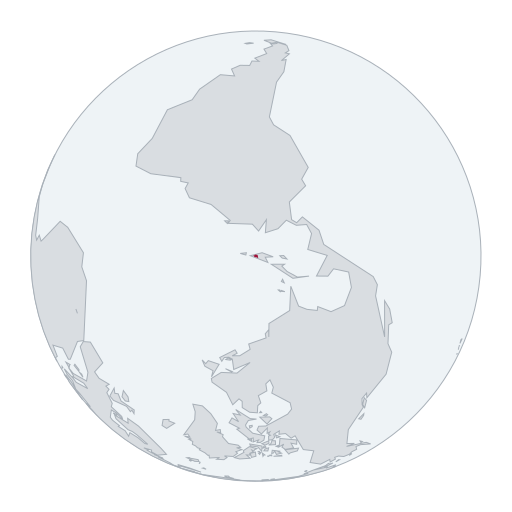 the Earth from above Santo Domingo, rotated 185°
{"feature_id": "DOM-1394", "entity_name": "Santo Domingo", "entity_type": "Province", "adm_level": 1, "iso_a3": "DOM", "parent_name": "Dominican Republic", "parent_adm1": "", "projection": "orthographic", "projection_center": [-69.842, 18.571], "detail": "fine", "context": "on_globe", "style": "filled", "palette": "rose", "viewbox_px": 512, "rotation_deg": 185, "n_neighbors": 0, "source": "natural_earth", "source_scale": "10m", "svg_char_len": 9617}
<svg xmlns="http://www.w3.org/2000/svg" viewBox="0 0 512 512"><g transform="rotate(185 256 256)"><circle cx="256" cy="256" r="225" fill="#eef3f6" stroke="#a8b0b8"/><path d="M223.7,295.3L218.4,292.7L213.2,299.0L195.5,287.2L189.5,273.4L137.4,245.7L132.6,238.0L133.4,226.7L120.8,186.6L124.0,222.7L118.2,214.8L114.5,201.4L117.8,199.0L116.9,180.2L112.4,172.0L116.1,149.6L133.2,124.4L133.9,129.1L138.0,123.2L137.3,117.1L135.9,114.7L148.9,91.1L149.1,77.1L141.7,77.9L149.2,74.2L130.0,80.0L125.4,78.8L135.3,77.2L139.8,74.9L138.9,72.2L143.4,69.4L145.6,66.7L151.1,63.9L156.4,63.9L160.1,62.3L159.2,60.6L164.2,57.2L164.8,59.8L173.5,54.3L184.1,55.0L181.5,67.0L192.0,67.3L201.4,80.3L205.1,77.6L211.1,81.7L217.6,80.4L217.5,83.8L222.8,79.9L221.6,77.1L223.5,74.5L227.3,73.7L227.8,77.7L226.0,78.7L228.1,79.5L226.8,82.0L229.5,80.3L229.7,85.7L235.1,79.2L239.8,82.7L238.5,86.6L231.4,87.5L210.7,101.2L207.2,106.6L209.2,112.8L228.3,120.8L227.3,126.8L231.3,133.8L235.1,129.5L233.4,122.6L241.5,117.1L238.4,110.1L241.2,107.1L241.0,99.9L248.7,99.8L256.5,103.8L257.1,110.0L260.5,112.2L266.2,105.8L273.5,117.6L288.8,126.5L289.8,130.1L280.5,137.0L264.7,137.7L252.6,149.4L268.3,141.0L270.6,151.2L274.3,152.8L278.7,152.1L280.9,148.1L283.3,151.7L268.7,160.7L266.3,157.5L271.0,154.5L263.5,155.2L253.7,162.5L255.6,167.7L238.8,175.3L240.0,179.3L236.9,183.7L236.2,176.5L237.2,189.9L217.7,204.6L218.7,228.9L209.2,209.8L200.6,207.3L190.2,207.1L190.1,211.0L176.4,207.1L163.5,214.3L158.2,233.0L162.3,248.1L177.6,250.0L182.6,242.2L194.0,241.3L185.1,262.8L205.0,267.0L202.6,283.2L208.3,291.8L218.5,290.1L228.9,294.3L236.5,285.1L248.7,280.0L248.8,293.1L255.6,281.1L262.4,287.4L286.7,286.1L284.8,289.2L305.2,303.4L327.4,308.2L332.5,317.0L329.9,322.9L337.5,323.8L337.7,327.5L368.0,328.8L383.4,335.1L382.7,347.6L369.6,364.1L357.0,394.0L333.2,406.1L326.7,417.3L307.3,433.5L293.0,433.5L296.7,440.1L288.4,444.6L278.9,445.3L277.0,449.9L270.0,450.2L274.4,453.0L263.0,458.6L266.1,462.8L257.8,466.7L260.1,468.9L256.9,468.8L253.6,469.6L253.3,470.7L243.7,468.6L241.1,463.5L244.5,460.9L240.4,460.3L247.7,452.9L243.1,454.4L244.3,442.0L250.7,431.0L254.8,395.7L249.9,388.2L232.6,379.0L211.7,348.8L217.2,336.5L212.7,330.3L227.5,312.7L223.7,295.3ZM43.4,191.7L45.2,186.7L44.5,190.6L43.4,191.7ZM46.0,183.2L45.5,185.0L45.9,183.4L46.0,183.2ZM46.2,181.7L46.1,182.8L46.0,182.1L46.2,181.7ZM46.2,180.4L46.3,180.9L46.2,181.0L46.2,180.4ZM217.3,237.0L240.0,249.1L226.8,250.3L229.4,248.2L223.7,243.3L212.9,238.6L201.4,240.6L217.3,237.0ZM47.0,176.8L47.2,175.8L47.4,175.8L47.0,176.8ZM228.0,224.0L224.1,223.0L228.0,223.0L228.0,224.0ZM134.5,114.3L136.8,117.4L135.8,124.2L133.3,121.8L134.5,114.3ZM137.2,102.5L139.5,102.8L134.8,108.4L134.9,106.5L137.2,102.5ZM135.3,79.4L136.3,80.9L133.8,80.5L135.3,79.4ZM144.9,66.9L143.2,67.5L145.1,65.9L144.9,66.9ZM236.7,100.5L238.8,100.2L237.8,101.7L236.7,100.5ZM234.6,97.8L231.9,99.8L230.5,98.8L232.2,97.6L234.6,97.8ZM155.1,60.3L158.6,57.9L156.0,60.3L155.1,60.3ZM238.2,95.8L228.4,96.9L226.0,95.3L230.4,89.6L238.2,95.8ZM161.3,56.5L169.7,51.4L166.6,52.0L180.1,47.8L168.5,53.2L165.7,55.8L164.6,55.2L161.3,56.5ZM219.6,76.6L221.0,79.5L216.4,78.0L219.6,76.6ZM216.2,76.3L199.3,76.3L199.1,72.0L204.8,72.6L201.8,68.1L210.0,65.9L213.5,67.9L212.0,71.0L216.3,67.9L216.2,76.3ZM186.2,46.6L189.0,45.6L187.1,46.7L186.2,46.6ZM224.0,73.4L220.6,73.6L220.1,69.8L226.9,68.8L224.8,70.3L224.0,73.4ZM196.9,68.3L197.8,65.5L204.7,62.9L206.0,61.5L210.2,65.5L196.9,68.3ZM226.8,70.7L230.3,68.4L233.9,69.5L227.2,73.0L226.8,70.7ZM217.2,69.3L217.3,67.6L219.4,68.2L217.2,69.3ZM248.6,73.0L244.5,72.9L243.9,70.8L248.6,73.0ZM231.4,67.5L230.1,67.1L229.4,66.4L232.4,65.2L231.4,67.5ZM214.7,63.6L217.4,63.2L213.4,61.8L218.4,60.1L220.3,63.2L221.6,61.2L223.1,60.7L222.9,63.9L214.7,63.6ZM233.3,62.0L237.5,66.0L245.1,66.4L245.8,68.2L233.4,67.2L233.3,62.0ZM227.2,62.8L231.2,62.6L230.1,64.6L226.7,66.0L227.2,62.8ZM221.1,58.0L213.0,59.7L212.8,59.0L221.1,58.0ZM235.8,61.7L234.7,60.8L236.5,61.5L235.8,61.7ZM225.9,58.5L223.0,59.2L222.9,58.3L225.9,58.5ZM235.1,58.6L236.4,59.8L234.1,60.6L235.1,58.6ZM231.0,58.2L231.6,57.0L232.5,60.2L229.8,58.6L231.0,58.2ZM226.3,57.7L225.3,57.4L227.5,57.6L226.3,57.7ZM242.9,55.0L244.5,58.9L239.5,60.6L238.6,56.5L242.9,55.0ZM259.8,472.7L244.6,469.4L253.1,471.0L258.9,469.3L266.9,471.6L259.8,472.7ZM276.9,467.8L283.7,466.4L285.3,466.9L281.0,468.0L276.9,467.8ZM430.9,114.0L435.2,121.0L429.0,114.5L418.8,100.7L416.1,97.5L430.9,114.0ZM409.3,90.9L408.1,90.0L400.6,83.3L406.5,89.0L408.7,90.6L412.5,94.5L410.8,93.4L408.2,90.9L408.2,91.8L420.5,104.6L423.9,107.6L427.8,115.6L433.9,121.7L437.2,126.9L427.9,118.7L424.1,114.5L412.1,109.2L416.4,114.2L428.1,119.9L427.2,120.6L433.1,128.6L427.9,123.1L413.9,116.7L413.3,125.5L423.2,150.3L420.6,155.7L413.5,155.8L399.3,136.2L406.7,126.5L401.7,120.5L391.1,115.4L394.2,113.3L390.8,110.4L392.7,106.9L386.4,96.7L387.0,93.2L375.8,84.5L374.6,81.8L381.6,87.5L386.7,90.0L387.1,82.7L384.6,79.9L377.3,75.1L378.3,74.2L371.2,70.6L367.2,65.4L366.2,69.0L357.6,64.6L350.4,59.5L347.4,59.0L359.1,67.5L363.9,70.4L368.3,71.8L381.3,81.7L383.0,85.4L368.8,78.3L369.7,83.1L358.2,76.3L333.7,56.0L327.9,50.6L336.7,49.0L343.0,51.8L343.1,53.6L351.0,55.1L346.6,53.4L347.4,52.9L339.4,49.5L339.6,49.1L331.6,46.8L331.0,46.0L336.1,47.4L323.7,42.5L320.1,40.6L317.2,39.8L315.1,39.5L311.9,37.9L309.9,37.4L310.1,37.7L306.4,37.1L298.4,35.8L297.7,35.2L300.5,35.6L305.3,36.2L311.1,37.6L326.6,42.1L341.7,47.7L356.4,54.3L370.6,62.0L384.2,70.7L397.1,80.4L409.3,90.9ZM305.7,36.3L305.0,36.1L299.2,35.3L294.6,34.7L296.5,34.6L295.4,34.6L292.9,34.2L289.8,33.5L287.4,33.5L260.9,32.1L252.2,31.4L256.8,31.0L237.6,31.7L229.3,32.3L229.6,32.4L220.5,33.7L223.0,33.5L222.5,33.7L200.4,38.8L194.7,40.1L185.5,43.8L185.7,44.0L189.4,43.1L180.1,47.8L166.6,52.0L166.9,51.2L158.2,55.0L160.3,52.9L157.9,53.4L163.9,50.4L170.6,47.5L171.7,47.2L171.4,47.2L187.5,41.4L203.9,36.8L220.7,33.5L237.7,31.5L254.8,30.7L271.9,31.3L288.9,33.1L305.7,36.3ZM465.2,339.5L469.4,327.5L474.9,308.5L477.1,296.3L476.8,274.3L477.3,257.4L475.9,252.7L473.7,257.8L471.4,252.1L469.6,254.1L454.1,273.5L446.0,268.1L428.2,244.2L428.6,230.0L422.7,216.6L420.2,156.8L426.4,155.3L432.0,137.0L433.9,136.8L440.5,147.4L450.5,149.5L445.2,138.7L447.1,137.1L445.2,133.8L453.7,148.0L461.1,162.7L467.4,178.0L472.5,193.7L476.5,209.7L479.3,226.0L480.9,242.4L481.3,259.0L480.4,275.5L478.4,291.8L475.2,308.0L470.8,324.0L465.2,339.5ZM428.9,183.3L430.8,187.5L428.9,183.3ZM287.4,285.9L290.3,288.3L286.5,288.6L287.4,285.9ZM224.9,255.7L229.7,256.2L232.3,258.3L228.5,258.9L224.9,255.7ZM266.2,256.1L271.9,257.2L265.9,258.4L266.2,256.1ZM243.6,250.6L261.7,255.8L250.2,259.8L238.8,256.7L246.7,255.6L243.6,250.6ZM225.5,231.7L228.5,232.8L227.5,235.2L225.5,231.7ZM230.9,224.1L229.7,224.3L228.3,222.2L230.9,224.1ZM271.4,150.6L272.7,150.0L277.1,150.2L275.0,152.0L271.4,150.6ZM297.3,141.7L300.6,147.8L296.7,144.4L294.4,147.6L283.3,144.9L289.8,131.8L288.8,138.0L297.3,141.7ZM270.3,138.4L276.6,141.1L269.5,138.8L270.3,138.4ZM370.0,99.9L373.6,100.2L377.2,104.1L376.4,110.4L371.2,104.5L370.0,99.9ZM377.8,99.8L363.9,92.0L363.8,88.3L366.2,91.6L367.6,90.0L371.8,94.9L385.4,99.8L389.4,103.8L385.8,112.1L384.7,106.9L381.3,106.7L377.8,99.8ZM328.4,84.1L322.4,82.3L330.0,76.5L334.8,79.0L334.3,85.0L328.4,85.6L328.4,84.1ZM247.9,86.2L245.1,87.0L244.9,85.7L247.2,84.0L247.9,86.2ZM246.7,73.1L260.0,81.8L257.5,83.0L268.3,87.5L265.8,92.6L258.9,89.4L265.1,97.1L257.8,96.2L262.8,101.3L247.6,93.5L241.3,93.6L249.3,91.5L251.7,86.7L250.9,84.7L243.9,79.2L231.6,77.6L232.1,73.2L235.7,70.5L238.7,70.2L237.4,73.0L242.4,70.6L242.9,74.5L246.7,73.1ZM277.5,50.1L274.8,52.1L284.8,50.7L285.4,53.5L286.5,53.2L289.7,55.5L295.6,58.0L294.8,59.3L297.5,59.8L299.7,61.6L303.0,62.8L302.8,65.7L306.9,67.5L304.4,67.9L311.5,70.4L306.1,69.9L308.4,72.7L312.4,71.6L302.8,87.5L303.0,95.6L306.0,102.9L296.3,102.0L287.3,95.0L279.9,85.9L281.1,78.7L276.5,80.0L275.8,77.0L279.7,77.3L273.2,75.2L273.6,73.0L267.0,66.8L257.3,66.0L254.6,64.0L258.6,63.3L253.2,61.9L259.0,59.3L257.2,57.9L261.2,54.3L270.0,54.1L267.3,52.7L270.2,50.3L277.5,50.1ZM244.2,54.0L254.6,52.4L260.0,53.3L250.9,59.3L251.7,60.9L246.0,65.5L238.3,64.2L240.6,62.9L241.1,61.5L243.3,62.4L241.9,60.6L245.0,58.9L244.8,57.1L248.2,57.0L244.2,54.0ZM431.7,131.6L432.3,130.7L432.4,128.4L436.1,133.7L431.7,131.6ZM422.4,127.3L422.4,125.6L427.7,131.2L427.0,132.4L422.4,127.3ZM417.8,120.1L422.0,125.0L419.3,123.1L417.8,120.1ZM381.0,85.9L380.5,84.1L382.2,85.0L384.6,87.3L381.0,85.9ZM307.3,49.0L304.9,49.4L303.6,48.8L295.9,48.1L294.9,46.3L299.1,46.1L307.3,49.0ZM434.9,119.1L436.9,121.7L436.2,120.9L435.1,119.4L433.8,117.7L434.9,119.1ZM438.6,127.8L439.5,127.3L439.6,129.2L438.6,127.8ZM304.9,46.9L301.9,46.8L303.2,46.0L304.9,46.9ZM293.7,45.1L294.6,44.1L293.8,46.1L293.7,45.1ZM291.9,35.9L303.8,38.4L311.7,39.9L315.1,40.0L315.4,41.4L303.2,38.9L291.9,35.9ZM264.8,32.4L261.8,33.0L259.7,32.6L260.0,32.4L264.8,32.4ZM265.4,32.9L268.3,34.1L264.4,34.4L262.9,33.3L265.4,32.9ZM287.1,39.2L290.7,40.0L289.5,40.4L287.1,39.2ZM188.1,45.5L189.0,45.6L186.6,46.2L188.1,45.5ZM224.1,33.5L222.9,33.9L220.1,34.3L224.1,33.5ZM218.2,35.4L222.1,34.7L218.3,35.6L218.2,35.4ZM230.9,33.4L223.8,34.5L230.1,33.2L230.9,33.4Z" fill="#d9dde1" stroke="#a8b0b8" stroke-width="1"/><path d="M255.5,256.6L255.4,256.6L255.3,256.4L255.2,256.4L255.0,256.2L254.9,256.2L254.8,255.9L254.9,255.7L254.8,255.4L255.0,255.5L255.4,255.6L255.5,255.6L255.8,255.5L256.0,255.7L256.1,255.8L256.2,256.0L256.4,255.8L256.6,255.7L256.9,255.6L257.0,255.7L256.9,255.7L256.9,255.8L257.0,255.8L257.0,256.0L256.9,256.1L257.0,256.4L257.2,256.5L256.9,256.5L256.8,256.4L256.8,256.5L256.7,256.6L256.0,256.4L255.9,256.4L255.7,256.3L255.6,256.2L255.4,256.2L255.4,256.3L255.5,256.4L255.5,256.6Z" fill="#f43f5e" stroke="#9f1239" stroke-width="1.5"/></g></svg>